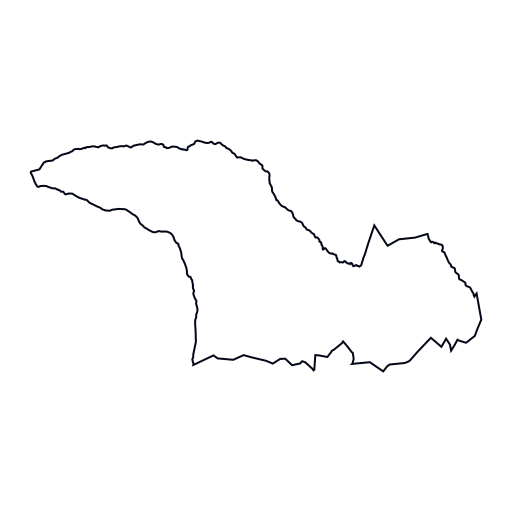 Bulilima, Matabeleland South, Zimbabwe (Robinson projection)
{"feature_id": "62879985B39326733261715", "entity_name": "Bulilima", "entity_type": "district", "adm_level": 2, "iso_a3": "ZWE", "parent_name": "Zimbabwe", "parent_adm1": "Matabeleland South", "projection": "robinson", "projection_center": [27.403, -20.155], "detail": "fine", "context": "isolated", "style": "outline", "palette": "ink", "viewbox_px": 512, "rotation_deg": 0, "n_neighbors": 0, "source": "geoboundaries", "source_scale": "gbopen_adm2", "svg_char_len": 6057}
<svg xmlns="http://www.w3.org/2000/svg" viewBox="0 0 512 512"><path d="M426.9,234.1L415.1,237.6L399.0,239.3L387.7,245.7L386.9,244.8L374.3,225.4L367.6,245.3L367.4,246.4L366.9,247.6L365.0,254.0L363.5,257.6L361.2,265.3L359.3,266.6L358.3,265.9L357.4,266.0L356.5,265.1L355.3,265.4L354.1,266.1L353.3,266.1L352.9,265.6L352.3,263.9L351.3,263.0L350.8,263.2L350.4,263.9L350.2,264.1L349.3,263.3L348.6,263.6L347.8,263.5L346.4,262.6L345.8,261.8L344.7,261.1L344.1,261.3L343.4,262.2L342.8,262.5L340.9,262.1L339.6,262.4L338.9,261.6L337.8,261.2L337.6,260.7L337.2,258.6L336.4,256.9L336.3,255.7L335.8,254.9L333.2,254.1L332.5,253.4L331.5,253.6L330.4,253.5L328.9,252.6L328.2,252.0L325.9,248.8L325.2,248.2L324.7,248.2L324.0,249.0L323.0,249.5L322.7,248.8L322.8,247.5L322.6,247.0L322.5,246.3L322.2,245.7L321.5,244.9L321.4,243.5L321.2,242.8L320.8,242.4L320.8,242.2L319.5,241.6L319.4,241.2L319.5,240.3L318.6,238.8L318.0,238.1L316.9,237.3L316.1,237.6L315.5,237.5L314.6,236.1L314.2,234.7L314.0,234.2L311.9,233.0L309.4,230.4L307.2,229.7L306.6,229.3L305.5,227.5L303.7,226.3L302.0,222.7L300.2,221.6L298.0,221.2L296.2,220.1L295.3,218.8L294.3,217.9L293.5,216.8L292.6,213.2L291.4,211.4L290.9,211.0L288.5,210.3L287.6,209.7L285.2,207.4L281.8,206.0L280.7,204.9L279.5,203.5L277.6,200.5L277.3,200.2L276.4,200.1L275.4,197.0L273.9,194.1L272.4,192.0L272.1,191.0L271.9,187.8L271.7,187.0L269.7,183.3L269.6,181.9L269.3,180.1L269.3,177.0L269.6,175.7L269.3,173.6L268.4,172.3L267.6,171.5L265.7,171.3L264.9,170.9L262.8,168.9L262.4,168.1L262.5,166.1L262.1,165.2L259.4,163.4L258.5,162.0L257.0,160.7L256.2,160.3L254.9,160.2L253.4,160.4L252.9,160.7L252.3,160.7L251.8,160.6L251.4,160.3L248.4,160.0L245.0,159.2L242.8,158.4L240.7,157.3L238.5,157.3L237.1,157.5L236.6,157.0L234.5,153.8L233.8,153.4L232.5,152.9L232.0,152.3L231.3,151.1L230.2,150.0L228.7,148.9L226.3,148.0L225.6,146.8L224.3,145.9L223.1,145.6L222.2,144.6L221.3,144.1L220.5,143.0L219.7,142.6L217.7,142.8L215.5,144.1L213.5,143.7L211.8,141.9L210.8,141.9L208.9,142.8L206.7,143.0L203.5,142.3L201.9,141.6L199.1,141.0L197.7,140.6L195.9,141.1L195.4,141.4L194.3,143.6L193.2,144.4L191.1,145.1L189.3,146.5L188.2,146.7L187.7,147.6L187.5,149.4L187.1,150.1L186.5,150.2L184.6,149.6L182.5,149.5L182.5,149.2L180.0,148.8L177.2,147.1L174.1,146.6L171.5,146.7L169.7,147.7L166.9,148.2L166.6,148.1L166.0,147.3L164.9,147.2L163.9,146.8L163.3,144.7L161.9,144.0L160.6,144.0L158.7,144.6L157.2,144.3L155.6,143.8L153.3,142.4L150.9,141.5L149.6,141.6L147.5,142.1L145.3,143.2L143.7,144.3L143.0,144.6L140.7,144.3L139.3,144.4L135.0,145.4L134.0,145.5L131.0,147.4L130.6,147.4L129.5,147.0L126.7,145.6L126.0,145.6L125.1,146.0L123.5,146.4L121.5,146.1L119.7,146.3L117.7,146.8L113.6,147.5L112.0,148.4L110.2,148.2L108.2,147.4L107.8,147.1L107.1,146.0L106.4,145.4L104.7,145.7L103.5,145.4L100.2,146.1L98.5,147.3L96.0,146.9L95.1,146.5L92.3,146.3L89.6,147.0L88.1,147.1L86.7,147.1L85.9,147.5L85.4,148.1L84.4,147.8L81.1,149.0L79.7,149.2L78.7,148.9L78.0,148.9L74.7,149.2L73.4,150.0L72.3,151.2L70.4,152.0L68.9,152.9L62.2,154.7L59.4,156.1L57.7,157.6L54.7,158.8L52.7,160.5L45.9,161.4L45.1,162.1L43.8,162.5L39.4,169.4L31.0,171.6L30.7,172.4L30.9,173.0L32.6,176.3L34.5,181.5L35.7,183.9L37.3,186.6L37.6,186.8L38.9,186.8L40.2,186.1L42.8,185.9L44.9,185.9L46.8,186.2L48.6,187.1L50.3,187.5L50.9,187.8L52.4,188.3L53.6,188.4L54.7,188.3L55.5,188.5L56.8,189.3L58.4,189.7L58.4,190.0L59.9,190.4L60.7,191.5L61.1,191.7L63.0,191.7L63.5,192.0L64.6,193.7L65.3,194.3L67.5,194.0L68.7,193.5L72.2,193.6L77.7,197.0L79.6,197.9L84.7,199.6L86.4,199.9L87.2,200.4L89.1,202.4L89.9,202.9L98.5,207.1L99.5,207.4L100.8,208.1L101.9,209.1L105.2,210.4L106.9,210.5L107.5,210.7L108.8,210.6L109.9,210.8L111.6,209.9L112.8,209.6L116.0,209.3L117.5,208.9L119.1,209.0L120.5,208.9L121.7,209.1L124.3,209.1L126.0,209.6L128.8,211.4L132.8,214.3L135.0,215.4L137.3,217.6L139.6,222.6L140.6,223.9L142.8,225.6L144.4,227.4L147.0,228.8L149.1,230.2L152.5,231.9L153.9,232.3L155.7,232.2L158.3,231.2L159.8,231.2L161.7,231.7L163.1,231.5L166.6,231.6L168.0,232.0L170.4,233.1L172.2,234.7L173.6,237.3L174.7,240.6L176.3,242.8L178.1,243.7L178.4,244.1L178.5,245.6L179.7,247.8L181.1,252.0L182.0,258.3L182.6,259.3L182.8,259.3L183.0,260.0L183.6,260.9L185.1,264.3L186.6,268.9L186.6,269.8L186.9,270.8L187.0,274.0L187.4,274.7L188.8,276.6L189.3,276.8L190.1,276.8L190.5,277.0L191.6,279.6L192.2,280.2L192.3,281.6L193.1,285.9L192.9,286.0L192.9,288.2L193.8,290.0L194.0,290.5L194.0,291.0L193.4,292.8L193.5,294.6L194.5,297.5L195.2,299.0L196.0,300.1L196.5,301.0L196.1,303.2L196.1,303.7L197.3,308.0L197.5,310.5L196.9,312.9L196.2,314.4L196.1,315.6L196.3,317.0L195.4,319.3L195.2,320.4L195.1,323.3L195.6,330.9L195.9,341.8L193.3,354.3L193.2,357.4L192.6,358.5L192.3,359.6L192.9,362.0L193.4,363.3L193.3,365.0L213.5,355.4L217.6,358.4L233.2,359.8L243.7,355.1L251.4,357.3L266.1,360.8L272.8,363.6L280.2,358.9L285.2,358.7L292.1,365.2L300.0,363.5L302.2,361.2L305.4,362.4L312.4,368.8L313.3,370.1L313.5,369.8L314.3,369.8L315.3,355.1L319.0,355.4L327.4,357.0L331.1,352.1L332.0,350.7L333.9,349.7L341.9,343.2L343.1,341.4L348.1,347.3L351.8,352.2L352.8,353.0L353.7,358.8L352.4,363.7L352.2,363.9L369.8,362.2L383.2,371.4L387.3,366.2L389.7,364.5L403.9,363.1L404.8,363.0L408.9,361.3L410.0,360.4L418.0,351.3L430.9,337.8L441.4,346.8L446.1,338.7L450.0,344.7L450.9,349.8L451.1,350.7L454.4,345.4L457.5,339.7L459.0,340.6L465.9,342.7L466.4,342.6L471.7,338.3L474.8,336.0L477.0,329.9L481.3,319.6L476.6,293.5L474.4,296.6L473.7,295.0L473.4,293.2L472.5,292.1L470.5,288.2L470.0,287.6L469.2,287.0L467.5,286.5L466.0,285.6L465.5,284.9L465.5,283.1L464.6,282.2L461.4,280.1L459.7,279.4L459.1,278.8L458.7,275.0L458.5,274.6L456.2,272.9L455.2,271.8L455.0,269.3L454.7,268.5L454.1,267.8L452.4,267.3L451.4,266.8L451.2,266.4L450.9,264.8L449.0,262.7L447.2,259.0L447.1,258.4L445.1,254.3L444.8,253.1L443.8,252.0L442.5,251.5L442.2,251.2L442.1,250.4L442.9,248.3L442.7,246.2L442.5,245.7L441.9,245.0L441.0,244.5L439.5,244.4L438.2,243.7L436.7,243.4L435.7,242.7L435.3,242.7L434.8,243.2L434.3,243.2L433.3,242.1L432.4,241.8L432.0,241.8L431.3,242.2L430.9,242.2L428.7,238.7L427.6,234.0L426.9,234.1Z" fill="none" stroke="#020617" stroke-width="2"/></svg>